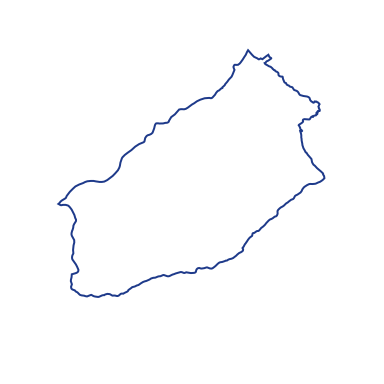 San José De Miranda, Santander, Colombia, rotated 51°
{"feature_id": "7082276B56254263811403", "entity_name": "San José De Miranda", "entity_type": "district", "adm_level": 2, "iso_a3": "COL", "parent_name": "Colombia", "parent_adm1": "Santander", "projection": "albers", "projection_center": [-72.731, 6.627], "detail": "fine", "context": "isolated", "style": "outline", "palette": "blue", "viewbox_px": 384, "rotation_deg": 51, "n_neighbors": 0, "source": "geoboundaries", "source_scale": "gbopen_adm2", "svg_char_len": 5968}
<svg xmlns="http://www.w3.org/2000/svg" viewBox="0 0 384 384"><g transform="rotate(51 192 192)"><path d="M180.3,337.2L182.4,339.2L184.1,341.4L185.1,342.3L188.1,343.4L189.6,345.7L190.9,346.4L191.5,346.5L192.5,346.3L194.7,345.0L195.6,345.0L196.3,344.9L197.9,344.2L201.0,343.9L201.6,343.7L202.8,342.9L204.8,341.0L205.7,340.5L207.1,339.3L208.2,335.9L208.5,335.1L209.2,334.7L209.9,334.5L211.5,333.7L212.8,332.6L214.5,331.0L215.0,330.0L215.8,326.9L216.3,325.9L216.9,325.2L217.0,324.0L217.9,321.9L219.5,320.3L220.0,320.0L222.4,319.1L223.8,317.2L225.7,315.7L226.1,315.1L226.4,314.1L226.3,311.5L226.7,310.6L227.8,309.3L227.9,308.1L228.6,305.3L228.7,304.3L228.2,303.2L228.2,302.4L228.4,299.1L228.3,298.4L229.4,296.0L229.7,294.9L229.8,294.0L230.6,292.1L230.8,289.1L231.1,286.8L231.6,285.2L232.4,283.4L233.3,280.1L233.5,278.1L234.0,276.9L234.3,276.1L235.1,275.0L235.5,274.3L235.9,273.0L236.2,271.9L236.7,270.8L237.6,269.5L238.4,266.6L239.0,266.0L241.9,264.2L242.3,263.8L242.9,263.0L243.2,262.2L243.9,259.1L244.5,257.7L245.0,256.0L247.0,251.3L247.8,250.4L249.7,249.3L250.3,248.6L250.8,247.0L254.3,243.9L256.2,241.2L256.6,240.1L256.5,239.3L255.3,237.7L255.0,237.0L254.9,236.2L254.9,235.6L255.5,234.3L257.2,233.1L257.8,232.3L258.9,230.4L259.7,228.3L260.1,227.7L262.8,226.1L263.9,224.9L264.2,223.9L264.3,222.0L264.3,220.3L264.0,217.2L264.0,215.6L264.3,214.4L265.4,212.5L266.3,210.1L266.6,208.9L267.2,208.1L267.3,207.8L267.4,206.4L267.8,205.1L268.7,203.3L269.2,201.6L269.3,197.5L269.1,196.3L269.1,194.4L269.1,193.6L269.5,192.3L269.7,191.1L269.7,189.9L269.6,189.3L268.8,188.4L268.5,188.2L267.7,188.2L267.4,188.0L267.2,187.8L267.0,186.3L266.3,184.8L265.8,183.5L265.7,182.6L265.3,181.7L265.2,181.0L264.3,178.3L263.8,175.9L263.9,172.9L262.4,171.0L262.4,170.3L263.0,169.3L263.1,166.8L263.3,166.0L264.1,164.8L264.1,164.5L264.1,163.9L263.5,160.9L263.6,158.3L263.4,155.9L262.9,153.9L262.4,150.2L262.5,148.2L262.9,147.5L263.2,145.7L263.2,143.3L263.5,142.6L263.7,142.3L263.8,141.4L263.6,140.6L263.0,139.5L262.7,139.1L260.7,137.6L260.4,137.1L260.1,136.2L259.9,134.4L259.9,132.6L260.3,130.7L260.4,129.1L260.1,126.1L260.4,123.9L260.3,123.1L260.4,120.3L260.4,119.9L261.0,118.2L261.1,117.6L260.9,116.6L260.1,114.9L259.9,114.2L260.0,113.3L260.4,111.7L260.6,109.2L260.7,108.0L260.3,106.3L259.4,104.6L259.0,102.9L258.8,102.4L258.8,100.8L259.1,98.0L259.6,96.0L260.1,95.1L261.6,93.4L263.0,91.3L263.4,90.5L264.1,87.6L264.4,86.9L264.7,85.8L264.9,83.2L264.8,81.7L264.6,80.4L262.7,79.3L260.9,79.1L260.5,78.7L259.7,78.5L258.6,78.7L257.5,78.8L252.2,79.8L248.9,80.0L247.2,80.4L245.6,80.2L244.3,79.9L241.5,78.4L235.8,78.6L233.5,78.3L232.8,78.7L229.9,78.1L228.3,77.9L225.1,76.7L223.7,75.8L221.0,74.4L219.5,73.3L218.6,72.9L216.6,71.3L215.2,70.5L212.5,69.5L212.6,69.1L213.6,68.8L213.9,68.4L213.8,68.0L212.6,67.9L212.0,68.2L211.0,68.1L210.3,67.6L208.2,67.1L207.3,67.1L207.1,66.8L207.1,66.1L207.4,63.6L207.4,62.3L207.2,61.4L206.0,60.7L205.7,60.1L205.9,59.3L206.2,58.7L209.1,55.6L209.5,55.0L209.4,54.2L208.8,52.6L208.8,51.7L209.0,50.7L209.7,50.8L209.8,50.6L209.5,49.9L209.5,49.2L210.4,47.4L210.0,46.8L210.2,46.5L209.9,46.1L210.2,45.6L210.0,45.4L209.8,45.3L209.6,45.4L209.3,45.7L208.9,45.6L208.8,45.3L208.8,45.0L209.4,44.7L209.4,44.4L208.6,44.3L208.3,43.3L208.5,42.9L209.3,41.9L209.3,41.7L208.8,41.2L208.1,40.8L207.9,40.8L207.5,40.9L207.1,40.9L206.1,40.2L205.3,40.1L204.1,38.0L204.0,37.6L203.3,37.5L202.3,37.7L201.5,37.8L201.0,38.2L200.2,38.3L199.9,38.5L199.2,39.3L199.5,39.4L199.0,40.2L199.2,41.2L198.8,41.6L197.7,41.8L197.0,42.2L195.8,42.3L195.0,42.3L192.9,41.5L191.6,41.7L190.2,42.5L187.5,45.0L184.8,46.9L183.8,47.1L181.4,46.7L180.6,46.7L179.3,47.0L177.0,48.4L176.4,48.4L173.8,48.1L171.6,49.6L170.1,49.8L169.2,50.4L168.1,50.8L166.6,50.4L165.5,51.0L165.0,51.1L164.4,51.0L161.4,50.1L159.6,49.1L159.3,49.1L158.4,50.1L157.3,50.9L156.9,51.1L155.8,51.2L155.3,51.0L154.1,50.1L153.4,50.0L151.9,50.4L150.7,51.1L149.7,51.0L149.3,51.1L148.6,51.6L147.7,51.6L147.3,51.8L146.8,51.8L146.4,51.7L144.2,52.1L142.8,53.0L140.3,53.9L139.4,54.3L138.8,54.5L137.8,54.5L137.5,54.4L137.8,53.5L137.5,52.5L137.4,51.8L137.9,50.0L138.1,46.6L138.0,46.3L137.8,46.2L137.3,46.3L136.3,46.7L135.5,46.8L133.4,46.3L133.2,48.9L133.1,53.7L131.4,54.6L131.2,56.1L131.0,56.4L130.8,56.7L129.1,57.2L126.0,58.7L123.0,59.0L117.1,59.2L117.8,61.1L119.2,63.8L120.0,66.4L121.0,69.3L121.9,72.6L122.2,74.2L122.1,76.2L121.0,77.7L120.1,78.6L120.0,79.4L120.4,80.3L120.9,81.1L122.6,81.8L123.8,82.1L126.4,86.8L127.3,88.7L127.8,92.6L128.5,95.1L129.1,98.4L129.3,98.9L129.6,99.3L129.8,102.6L130.3,103.0L129.9,104.3L130.1,106.9L129.7,108.6L130.1,110.8L130.9,112.9L131.5,116.9L131.1,118.2L129.7,119.4L127.1,123.2L125.5,127.4L124.6,131.1L124.4,134.5L124.0,136.9L123.8,142.2L123.5,144.4L122.8,146.0L120.7,148.4L119.8,150.1L120.9,156.5L120.7,161.0L122.2,165.1L122.7,165.7L122.8,166.8L122.5,167.8L121.5,169.2L120.6,171.2L118.3,174.2L117.2,175.2L116.3,176.4L116.1,177.0L116.4,178.1L117.0,179.1L118.7,181.3L120.5,184.3L121.1,185.4L121.2,187.1L120.8,188.9L120.1,190.5L119.9,191.9L120.2,193.2L120.6,194.4L122.8,197.2L122.9,198.2L121.5,202.9L121.0,207.6L121.3,212.7L121.0,217.3L120.9,220.9L121.3,224.3L121.7,225.3L124.1,229.1L126.3,231.6L127.3,233.1L128.5,235.9L129.2,240.1L129.6,243.5L129.4,250.3L128.7,253.6L127.4,255.8L126.0,257.5L123.4,259.9L121.6,261.4L119.7,263.7L117.8,266.6L117.0,268.7L116.5,271.1L115.2,274.9L114.3,279.1L114.5,282.3L115.0,286.9L116.2,291.8L117.2,293.7L117.2,294.8L116.7,298.4L116.7,300.0L117.2,302.2L117.2,303.3L119.5,302.4L120.2,301.6L120.7,300.5L122.5,298.3L124.0,297.2L124.9,296.7L127.0,296.5L129.9,296.6L131.8,297.0L135.9,297.9L138.7,299.1L140.4,299.5L141.1,300.0L141.7,300.7L142.7,303.7L143.5,305.3L145.0,306.8L146.3,308.7L146.8,309.7L148.0,311.3L148.9,312.2L150.3,312.9L155.2,313.8L157.2,315.3L158.9,317.6L162.2,320.9L164.3,322.3L165.1,322.9L166.0,324.9L167.1,326.2L168.4,327.1L169.2,327.4L175.2,327.8L177.7,328.3L180.9,329.2L181.6,329.8L182.1,330.5L182.3,331.4L182.2,332.5L181.8,333.7L180.3,337.2Z" fill="none" stroke="#1e3a8a" stroke-width="2"/></g></svg>